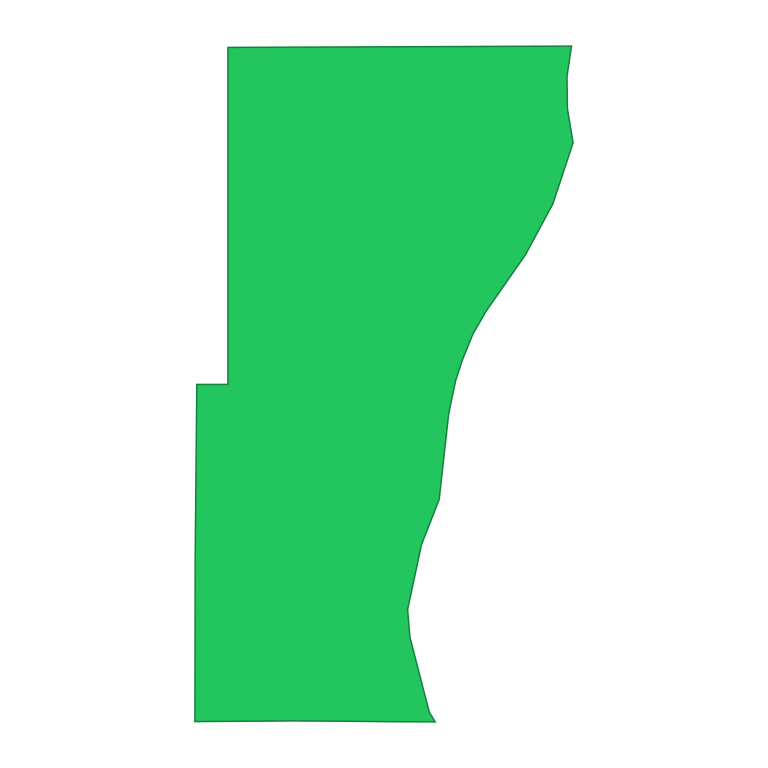 the district of Ozaukee, Wisconsin, United States of America
{"feature_id": "52423323B14117814854562", "entity_name": "Ozaukee", "entity_type": "district", "adm_level": 2, "iso_a3": "USA", "parent_name": "United States of America", "parent_adm1": "Wisconsin", "projection": "albers", "projection_center": [-87.914, 43.368], "detail": "fine", "context": "isolated", "style": "filled", "palette": "green", "viewbox_px": 768, "rotation_deg": 0, "n_neighbors": 0, "source": "geoboundaries", "source_scale": "gbopen_adm2", "svg_char_len": 465}
<svg xmlns="http://www.w3.org/2000/svg" viewBox="0 0 768 768"><path d="M194.9,721.6L292.0,720.9L341.0,721.2L389.1,721.7L389.5,721.7L435.2,721.9L429.3,712.2L410.0,637.5L407.6,609.6L421.5,544.7L439.2,499.4L448.5,415.6L448.7,413.8L455.6,380.8L462.5,359.7L473.0,333.9L486.2,311.1L525.7,254.4L552.9,203.8L573.1,142.8L567.4,108.5L567.0,76.4L571.5,46.1L227.9,47.4L227.9,384.4L196.8,384.4L195.2,554.6L194.9,721.6Z" fill="#22c55e" stroke="#15803d" stroke-width="1.5"/></svg>